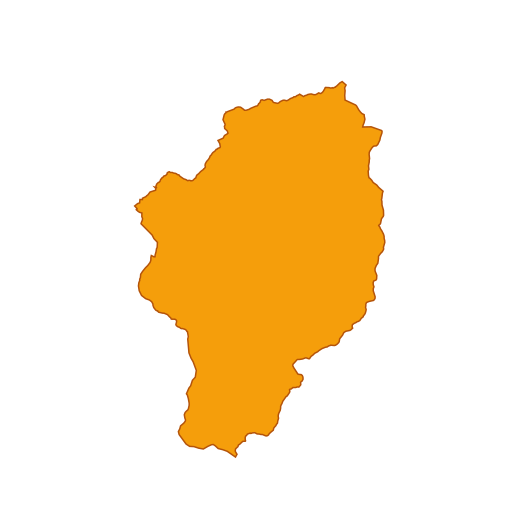 outline of Petrila, Hunedoara, Romania, rotated 40°
{"feature_id": "2599482B59841529330805", "entity_name": "Petrila", "entity_type": "district", "adm_level": 2, "iso_a3": "ROU", "parent_name": "Romania", "parent_adm1": "Hunedoara", "projection": "albers", "projection_center": [23.488, 45.463], "detail": "fine", "context": "isolated", "style": "filled", "palette": "amber", "viewbox_px": 512, "rotation_deg": 40, "n_neighbors": 0, "source": "geoboundaries", "source_scale": "gbopen_adm2", "svg_char_len": 6117}
<svg xmlns="http://www.w3.org/2000/svg" viewBox="0 0 512 512"><g transform="rotate(40 256 256)"><path d="M369.5,423.2L368.9,420.1L366.2,419.2L365.4,418.7L364.3,416.8L364.7,413.7L364.0,412.0L364.5,410.9L365.0,406.5L366.9,404.7L366.8,404.3L365.7,403.5L364.4,402.0L363.8,400.6L364.1,399.6L363.9,398.0L365.4,395.4L366.1,395.3L367.0,393.8L368.7,392.1L371.2,391.6L373.1,390.2L374.3,389.7L375.7,388.6L378.9,387.6L379.8,387.0L380.3,386.2L380.6,385.0L380.4,384.4L380.5,382.2L381.2,378.3L380.3,376.6L380.2,376.0L380.2,374.2L380.3,373.4L379.9,371.8L379.9,370.3L378.7,368.4L377.5,365.7L376.4,364.9L375.4,363.7L374.6,362.0L373.7,358.6L372.7,356.8L371.5,355.3L371.1,354.2L370.7,352.3L369.9,350.1L369.8,349.0L369.4,344.4L369.8,343.5L369.8,342.6L369.4,339.0L368.9,337.9L367.6,336.9L367.6,336.3L368.5,335.1L368.8,333.1L371.0,331.2L371.7,329.9L373.1,328.8L373.1,326.1L372.8,325.5L371.4,324.2L371.4,323.1L371.7,322.1L371.2,320.1L369.8,318.6L368.3,317.8L366.9,317.8L364.8,319.2L363.9,319.5L357.0,317.4L354.8,316.5L354.1,315.6L353.9,314.9L354.1,310.9L354.0,309.8L354.3,308.6L356.0,307.1L357.9,304.9L359.4,302.2L360.1,301.7L362.3,300.9L363.0,300.3L362.7,297.5L363.3,295.2L363.5,292.8L364.8,289.7L365.0,288.1L366.1,284.5L367.8,281.3L369.0,279.9L369.5,278.1L370.3,277.0L370.5,276.3L373.6,274.2L374.3,273.2L374.8,271.5L375.0,269.2L374.8,268.2L373.3,265.6L373.2,261.1L372.5,258.2L373.2,255.9L375.8,252.6L376.2,251.2L376.4,249.1L375.3,248.6L374.1,246.9L374.0,246.4L374.3,245.5L374.5,244.4L375.3,243.0L375.7,241.4L376.4,240.4L377.0,238.7L376.7,236.2L377.2,233.6L376.7,232.7L376.8,231.1L376.4,229.4L375.5,227.4L374.8,226.2L372.9,224.9L372.2,223.6L371.2,222.5L370.6,220.9L370.9,219.8L372.0,217.9L374.6,214.5L374.7,213.2L374.4,211.9L373.4,210.6L368.2,207.3L366.8,205.6L366.2,203.8L364.5,202.8L362.9,201.2L362.3,199.6L362.4,199.1L363.2,197.7L363.4,196.9L363.1,196.0L361.0,193.2L357.1,191.1L356.2,190.3L355.1,188.8L354.2,185.7L354.0,183.3L351.4,179.1L350.4,178.0L350.0,177.3L349.8,173.9L350.0,171.6L349.5,169.0L349.2,168.5L348.0,167.4L346.0,162.9L344.6,161.4L342.8,160.1L341.4,158.5L339.6,157.3L336.1,155.8L334.0,155.2L332.2,154.2L330.4,153.8L330.3,153.4L330.6,152.0L330.5,151.1L328.2,146.8L328.0,143.8L327.6,142.8L324.2,139.0L319.8,136.0L317.3,133.2L315.9,132.2L315.4,131.1L312.4,126.5L311.7,124.7L305.8,124.6L302.9,124.0L298.5,124.4L296.0,123.6L293.4,123.3L292.2,123.4L290.3,121.9L287.4,118.9L286.7,117.0L284.2,114.6L282.3,111.2L281.1,109.7L280.4,108.4L277.3,105.4L276.1,103.7L275.7,101.9L275.3,98.7L275.4,96.7L275.7,96.0L277.4,94.2L277.6,92.3L276.4,87.7L275.0,85.1L273.4,80.8L272.3,79.3L271.4,79.2L261.2,83.0L254.8,88.6L253.9,86.9L253.1,84.4L251.5,81.2L249.2,79.4L248.0,78.2L245.6,78.8L243.5,78.6L240.8,78.0L236.5,76.4L235.3,76.3L224.0,79.3L220.8,76.0L218.0,72.1L215.8,70.2L215.1,67.1L209.9,67.0L209.0,69.5L208.5,74.3L208.2,75.0L208.3,75.7L207.6,76.4L207.4,77.4L206.8,78.0L206.3,78.0L206.1,78.4L205.2,79.4L203.8,80.0L200.9,82.2L200.8,82.8L201.1,83.4L201.7,86.8L201.6,88.5L201.2,89.8L200.8,90.2L199.2,90.7L198.2,93.6L197.9,94.1L196.7,95.2L194.1,96.4L192.9,97.7L191.8,99.1L191.3,100.5L190.5,101.5L189.9,103.3L185.4,104.0L185.1,105.2L184.2,106.9L183.9,108.5L182.6,109.9L182.5,110.9L181.0,113.5L181.0,114.1L180.2,116.5L179.5,117.5L177.7,118.3L176.6,119.3L175.3,122.1L175.0,124.2L174.4,125.2L171.0,127.0L169.6,127.0L168.6,126.5L168.0,126.5L165.5,127.2L164.0,128.4L162.2,131.6L160.4,132.3L160.0,132.8L159.5,133.7L160.3,135.6L160.3,136.9L160.1,137.7L160.5,138.7L160.4,140.3L159.4,141.6L156.8,146.7L156.6,147.8L154.7,150.8L153.4,151.8L152.5,151.6L148.6,151.9L146.9,153.0L146.0,154.0L145.2,155.3L144.9,156.1L144.8,157.6L141.1,164.2L140.9,165.0L140.6,165.1L140.9,165.5L140.7,167.0L140.9,168.3L143.1,172.8L147.5,174.9L148.1,175.5L148.4,177.0L148.8,177.2L150.1,178.5L153.5,178.6L155.6,179.9L155.4,180.7L155.5,180.9L154.5,183.7L154.5,184.5L155.1,186.8L152.6,191.9L156.0,193.2L158.5,195.3L158.7,196.1L157.6,198.1L157.6,199.0L157.0,199.8L157.1,202.0L156.5,204.4L156.5,205.7L156.8,207.2L156.6,208.9L157.2,210.5L157.5,212.6L157.4,215.3L157.9,217.9L158.6,219.2L160.1,220.5L160.2,222.3L159.9,222.9L160.1,223.4L159.3,226.9L159.2,229.7L158.7,231.9L158.8,232.7L159.7,235.0L159.3,235.9L159.1,238.5L158.8,239.2L157.8,240.3L156.9,240.5L155.9,241.2L155.5,242.0L155.2,242.2L153.2,242.5L150.9,243.4L146.3,243.8L144.9,243.4L143.4,244.2L142.4,244.1L141.1,244.5L139.5,245.5L138.2,245.8L136.8,247.0L135.4,247.2L134.8,248.3L134.6,249.7L135.1,250.2L135.2,250.6L135.0,252.5L134.0,254.0L134.1,255.6L133.7,256.4L133.9,257.5L133.7,258.5L134.5,260.7L134.4,261.7L133.9,262.4L133.7,265.0L134.2,265.7L134.3,266.6L134.7,267.1L136.4,267.9L135.5,267.8L134.1,268.4L135.9,268.7L136.8,270.2L133.7,275.1L133.9,278.6L133.5,280.3L133.5,281.3L131.9,284.7L132.7,285.8L130.8,287.3L132.7,290.1L131.6,292.0L130.9,295.7L134.3,296.1L134.4,297.0L134.7,296.9L134.7,297.5L137.0,297.6L138.7,297.4L140.9,296.4L143.3,299.3L144.9,300.1L145.9,301.6L146.6,303.9L147.2,305.2L162.9,306.7L166.7,308.3L171.7,308.9L174.8,313.0L175.1,314.4L176.7,317.0L178.2,320.3L179.1,321.5L178.4,322.2L175.5,322.9L176.3,324.5L178.2,326.9L179.0,329.0L179.2,332.9L178.9,336.0L179.0,340.5L179.4,344.1L181.3,346.8L181.8,348.5L182.6,349.4L183.5,351.9L185.2,354.5L188.9,357.7L193.7,359.8L198.9,359.6L202.7,358.2L205.5,358.1L207.8,359.0L208.8,360.0L210.8,361.2L213.9,361.9L214.9,361.8L215.8,361.3L215.9,361.5L217.6,361.6L221.0,359.9L222.4,358.9L225.9,357.8L228.8,358.2L230.4,358.2L231.7,358.8L234.5,356.6L235.5,356.3L236.9,356.7L237.9,358.3L238.6,359.9L239.6,360.5L241.4,360.5L243.4,359.8L244.8,359.8L245.5,359.6L246.4,358.8L248.8,357.8L250.4,357.7L251.6,358.2L252.1,358.0L255.9,361.2L256.8,362.8L257.0,363.4L266.9,373.3L271.9,376.0L275.8,377.4L283.8,382.0L287.4,387.9L287.2,392.1L289.4,397.5L289.5,400.3L291.3,406.3L292.7,406.6L295.8,408.7L299.4,411.7L300.8,413.4L302.4,416.5L302.7,417.7L302.4,419.5L302.3,421.4L303.1,423.7L305.6,425.8L307.4,426.9L308.0,428.0L308.1,430.5L307.4,434.6L308.7,437.4L309.4,440.4L311.9,442.2L323.3,445.0L327.5,444.5L331.0,441.9L335.7,440.0L339.7,437.7L341.5,432.7L343.2,429.2L344.4,427.9L346.8,427.6L350.8,427.8L355.1,425.7L359.5,424.1L369.5,423.2Z" fill="#f59e0b" stroke="#b45309" stroke-width="1.5"/></g></svg>